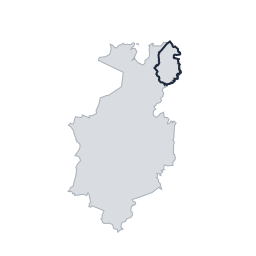 location of West Kazakhstan within Kazakhstan, rotated 119°
{"feature_id": "KAZ-3201", "entity_name": "West Kazakhstan", "entity_type": "Region", "adm_level": 1, "iso_a3": "KAZ", "parent_name": "Kazakhstan", "parent_adm1": "", "projection": "orthographic", "projection_center": [51.03, 49.856], "detail": "fine", "context": "in_parent", "style": "outline", "palette": "slate", "viewbox_px": 256, "rotation_deg": 119, "n_neighbors": 0, "source": "natural_earth", "source_scale": "10m", "svg_char_len": 7098}
<svg xmlns="http://www.w3.org/2000/svg" viewBox="0 0 256 256"><g transform="rotate(119 128 128)"><path d="M164.9,166.0L163.8,166.9L163.4,168.1L162.4,168.0L161.1,170.3L156.7,174.5L154.4,179.3L154.7,181.2L153.9,181.4L151.6,180.5L151.6,178.8L150.4,177.8L143.7,179.5L141.4,173.7L138.7,174.2L137.9,166.7L136.4,167.9L134.2,165.0L130.5,162.6L128.3,164.3L121.5,164.9L115.1,166.9L110.0,162.5L109.0,160.9L95.0,153.7L81.6,159.1L83.2,186.8L80.1,187.2L76.6,182.3L72.4,179.7L66.4,181.3L63.3,184.2L63.1,181.8L63.9,179.3L63.7,176.8L59.8,176.0L58.2,173.9L56.5,173.7L56.5,171.4L55.2,169.4L53.9,166.0L51.2,165.0L50.8,164.0L51.0,163.1L51.6,162.8L54.1,162.7L55.8,163.7L57.8,163.5L56.5,162.8L54.9,160.5L57.0,157.2L62.4,156.8L66.6,157.2L64.3,155.5L66.1,150.7L65.6,148.6L66.2,147.1L65.6,145.7L64.8,145.0L62.5,144.7L60.7,146.0L58.0,144.5L55.7,143.9L51.8,145.6L49.0,147.8L46.2,148.3L46.2,149.1L45.8,148.9L45.4,149.3L45.5,149.7L42.3,147.8L41.8,147.2L41.9,146.5L43.8,146.8L44.2,146.3L40.3,139.1L36.9,138.2L35.9,138.6L34.9,137.0L34.9,134.8L32.9,133.4L32.7,132.1L33.3,130.4L35.1,127.9L34.0,126.1L34.2,125.1L35.2,122.5L36.5,121.5L37.0,119.4L37.9,118.5L38.9,118.7L41.8,122.8L42.2,123.0L43.9,122.3L44.3,121.7L43.4,117.1L44.3,117.2L46.8,115.4L47.7,113.6L49.2,113.3L51.6,111.9L53.9,108.8L55.6,109.4L56.5,110.7L57.7,110.6L60.6,108.9L62.3,110.6L65.9,110.5L69.8,113.7L71.3,115.6L71.6,117.1L72.0,117.4L72.4,116.5L71.8,114.3L72.3,113.8L75.8,116.3L77.5,116.8L79.1,115.7L79.5,114.7L81.1,113.2L81.7,113.5L83.5,112.7L85.7,113.8L86.7,113.5L87.4,112.1L89.9,112.1L92.7,114.7L95.5,114.9L95.9,115.8L97.2,115.0L98.2,112.8L100.1,113.9L102.5,113.5L104.5,111.9L105.0,109.0L104.7,108.3L103.7,107.6L99.3,106.6L98.8,105.7L97.0,104.7L98.7,103.0L99.8,102.7L101.1,101.1L99.7,98.7L100.6,96.3L104.9,95.9L105.3,95.3L104.8,94.6L103.1,93.9L101.0,93.8L100.8,93.4L101.0,92.6L102.2,91.8L101.9,91.4L100.9,91.8L99.7,91.4L100.3,88.3L103.5,88.4L114.0,83.3L115.9,82.8L116.7,83.1L117.1,81.7L117.9,80.7L121.1,79.7L128.7,75.6L128.9,75.0L128.5,74.2L129.8,73.6L131.3,71.8L133.5,71.5L136.7,72.2L138.7,70.5L139.7,71.6L142.0,75.1L142.4,76.9L142.2,77.8L142.4,78.1L143.6,78.2L146.3,77.0L146.7,75.9L148.0,77.2L148.7,78.4L149.1,77.8L148.8,77.2L149.0,76.8L150.2,76.6L151.9,77.3L153.7,76.1L153.8,76.9L152.8,79.0L153.0,79.8L153.8,80.8L155.3,78.9L156.9,78.8L157.7,79.2L157.7,77.9L158.8,76.1L160.3,75.1L160.7,74.3L160.6,73.4L165.4,68.8L165.4,71.2L164.5,71.5L165.1,72.3L172.7,75.6L184.2,85.5L188.5,89.7L189.8,87.7L189.2,86.0L190.1,84.7L192.0,84.7L192.4,86.4L193.8,85.9L194.7,87.2L199.0,85.4L199.6,83.7L201.7,81.8L204.8,82.2L208.0,85.1L211.3,85.0L211.9,86.1L213.8,87.5L218.0,86.3L219.0,83.3L219.5,83.7L219.6,84.9L220.6,85.0L222.0,85.9L223.2,85.9L224.0,86.5L222.0,87.9L222.1,88.9L222.8,90.5L222.7,92.0L219.9,94.8L220.5,98.5L223.1,102.7L223.0,104.4L222.0,105.2L220.7,107.6L219.8,106.9L216.9,108.3L212.0,108.9L213.4,121.5L213.7,122.0L215.2,122.1L215.6,123.0L215.7,124.3L214.2,124.2L212.9,125.3L211.2,124.5L204.6,130.3L204.0,131.5L204.8,131.9L206.0,131.3L207.3,131.5L207.1,132.9L208.3,136.1L211.1,139.2L211.9,141.0L212.8,141.8L212.8,142.3L212.1,142.4L211.2,143.5L211.3,144.0L212.4,144.3L211.1,146.0L211.1,146.9L212.6,149.4L212.5,149.8L210.5,148.9L207.9,149.4L205.7,147.9L194.6,150.7L188.9,153.0L188.1,154.3L186.7,154.6L183.6,154.5L180.0,153.6L178.8,154.4L177.1,156.4L177.2,159.6L178.0,160.9L171.0,160.3L168.2,160.6L165.7,162.0L164.5,165.4L164.9,166.0ZM50.4,161.0L49.9,161.2L49.4,160.4L49.6,159.6L50.0,159.3L49.6,160.3L50.4,161.0ZM63.8,156.7L63.4,156.6L63.1,156.2L63.7,155.9L63.8,156.7Z" fill="#d9dde1" stroke="#a8b0b8" stroke-width="1"/><path d="M61.0,108.4L61.1,108.5L61.3,109.0L61.7,109.8L61.8,110.3L61.9,110.5L62.0,110.6L62.2,110.8L62.3,110.7L62.7,110.7L62.7,110.8L62.8,110.7L63.0,110.5L63.2,110.4L63.3,110.4L63.4,110.5L63.5,110.5L63.8,110.5L64.0,110.7L64.1,110.8L64.1,110.7L64.3,110.5L64.5,110.5L65.1,110.5L65.0,110.3L65.3,110.4L65.8,110.4L66.0,110.4L66.2,110.5L66.3,110.5L66.5,110.8L67.0,111.0L67.3,111.3L67.2,111.3L67.2,111.5L67.1,111.8L67.3,112.1L67.5,112.3L68.5,112.7L68.8,112.6L69.0,112.8L69.2,113.1L69.3,113.2L69.6,113.2L69.7,113.3L69.8,113.7L69.8,113.8L69.9,114.1L70.0,114.2L70.1,114.3L70.3,114.4L70.4,114.5L70.5,114.6L70.7,114.8L71.1,114.8L71.2,115.0L71.5,115.0L71.6,115.3L71.3,115.7L71.3,115.9L71.3,116.2L71.3,116.3L71.2,116.7L71.1,116.8L71.2,117.0L71.4,117.4L71.5,117.5L71.8,117.6L72.0,117.5L71.7,118.1L71.6,118.5L71.3,118.8L71.5,119.6L71.5,120.4L71.8,120.9L72.0,121.0L72.2,121.3L72.1,121.7L72.0,122.0L71.8,122.5L71.8,123.0L71.5,123.3L71.2,123.6L71.0,123.9L71.0,124.2L70.5,124.5L69.9,124.5L69.6,124.5L69.5,124.8L68.9,125.0L68.7,125.3L68.5,125.7L68.2,125.8L68.3,126.2L68.1,127.1L68.1,127.9L67.2,128.9L67.1,129.0L67.1,129.3L66.4,129.5L64.7,129.6L64.4,129.5L63.7,130.5L63.7,131.4L63.0,132.6L62.8,133.5L62.8,133.8L62.5,134.0L60.8,133.4L60.6,133.7L60.1,133.7L59.7,133.6L58.9,133.3L59.1,132.7L59.0,132.4L58.6,132.3L56.7,132.1L56.1,132.3L55.6,132.3L55.1,132.8L54.6,133.5L54.3,133.5L54.1,133.6L53.8,133.8L53.4,133.9L49.3,136.8L47.0,137.0L46.8,137.5L44.2,136.5L35.1,134.8L35.1,134.7L34.5,134.4L33.3,133.8L32.0,133.3L32.8,131.4L33.6,129.6L33.7,129.4L33.9,129.3L34.3,129.1L34.5,128.9L34.8,128.6L35.0,128.3L35.1,127.9L35.1,127.5L34.9,127.1L34.2,126.5L33.9,126.4L34.3,124.6L34.7,122.7L34.8,122.4L35.0,122.3L36.1,121.8L36.5,121.5L36.8,121.1L36.9,120.9L36.9,120.6L36.7,120.3L36.6,120.0L36.7,119.9L36.9,119.8L36.9,119.7L36.8,119.4L36.9,119.2L37.0,119.2L37.3,119.0L37.5,118.6L37.7,118.4L37.9,118.2L38.2,118.1L38.4,118.1L38.5,118.2L38.8,118.6L39.0,118.8L39.1,119.0L39.3,119.1L39.5,119.4L39.6,119.6L39.8,119.8L40.0,120.1L40.2,120.3L40.3,120.5L40.6,120.8L40.7,121.0L40.7,121.3L40.7,121.5L40.8,121.7L40.8,121.8L40.9,122.0L41.1,122.2L41.2,122.4L41.2,122.6L41.3,122.7L41.5,122.7L41.9,123.0L42.2,123.1L42.3,123.1L42.5,122.9L43.5,122.5L44.0,122.3L44.4,121.8L44.5,121.7L44.5,121.2L44.4,121.1L44.0,120.9L44.0,120.7L44.1,120.4L44.0,120.2L43.8,119.7L43.7,119.2L43.6,118.1L43.6,117.6L43.6,117.3L43.5,117.2L43.2,117.1L43.1,116.9L43.3,116.8L43.9,117.2L44.1,117.3L44.4,117.2L45.3,116.6L45.7,116.0L45.9,115.9L46.6,115.7L47.0,115.5L47.2,115.4L47.3,115.1L47.2,114.9L47.0,114.7L46.9,114.5L47.0,114.3L47.1,114.1L47.2,113.7L47.3,113.5L47.4,113.4L47.5,113.4L47.9,113.5L49.0,113.5L49.1,113.4L49.3,113.1L50.0,112.5L50.2,112.4L51.1,112.3L51.6,112.0L51.7,111.9L51.7,111.6L51.7,111.4L51.8,111.4L51.8,111.2L52.2,111.1L52.3,111.1L52.4,110.9L52.5,110.8L52.6,110.7L52.6,110.1L52.7,109.9L52.8,109.9L52.8,109.6L53.1,109.6L53.4,109.6L53.3,109.8L53.2,109.9L53.3,110.0L53.5,110.0L53.7,109.9L53.8,109.8L53.9,109.6L53.6,108.9L53.6,108.7L54.0,108.6L54.2,108.8L54.3,108.9L54.4,109.1L54.5,109.1L55.6,109.2L55.8,109.1L56.0,109.2L56.1,109.4L56.3,109.5L56.5,109.5L56.6,109.8L56.6,110.0L56.4,110.1L56.0,110.2L56.0,110.4L56.1,110.5L56.3,110.7L56.6,110.8L57.0,110.7L57.3,110.6L57.4,110.4L57.5,110.2L57.7,110.3L57.8,110.4L57.8,110.5L57.9,110.9L58.1,110.8L58.4,110.7L58.5,110.5L58.5,110.3L58.5,110.0L58.5,109.8L58.7,109.5L58.9,109.3L58.9,109.2L59.1,109.1L59.3,109.2L59.5,109.3L59.9,109.3L60.0,109.3L60.1,109.2L60.2,108.9L60.4,108.8L60.6,108.8L60.8,108.8L60.9,108.7L60.9,108.4L61.0,108.4Z" fill="none" stroke="#1e293b" stroke-width="2"/></g></svg>